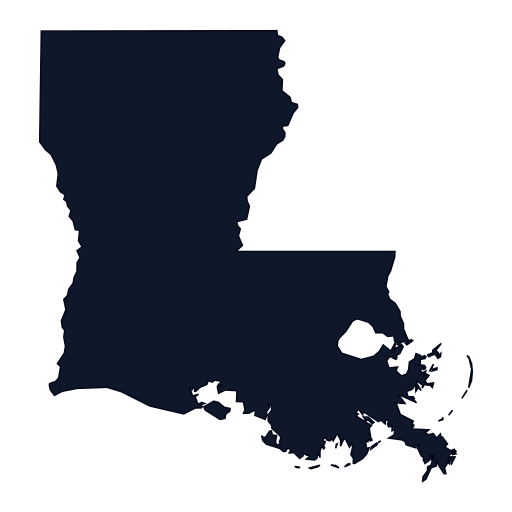 outline of Louisiana
{"feature_id": "USA-3535", "entity_name": "Louisiana", "entity_type": "State", "adm_level": 1, "iso_a3": "USA", "parent_name": "United States of America", "parent_adm1": "", "projection": "equal_earth", "projection_center": [-90.64, 30.971], "detail": "fine", "context": "isolated", "style": "filled", "palette": "ink", "viewbox_px": 512, "rotation_deg": 0, "n_neighbors": 0, "source": "natural_earth", "source_scale": "10m", "svg_char_len": 6089}
<svg xmlns="http://www.w3.org/2000/svg" viewBox="0 0 512 512"><path d="M412.7,340.7L406.9,344.8L405.4,343.4L407.7,342.7L406.8,341.4L397.5,342.7L394.6,341.2L393.9,335.8L387.7,336.4L382.9,332.8L375.8,332.8L372.9,326.3L368.4,322.2L357.5,318.8L352.8,320.7L345.7,331.5L339.6,337.7L337.7,341.2L337.3,346.2L341.7,353.2L361.2,359.5L373.6,356.3L379.3,351.5L383.2,344.9L390.8,351.1L395.2,342.7L395.8,344.2L393.5,349.5L394.6,351.1L395.8,348.0L399.6,346.6L397.5,344.2L400.9,343.9L403.2,346.5L399.8,353.6L396.7,355.2L396.8,358.4L395.9,359.4L389.9,356.4L386.6,360.8L389.0,368.0L397.6,367.0L395.9,370.7L401.3,375.9L406.4,374.2L408.6,369.7L409.4,362.0L414.6,358.7L416.0,353.6L420.9,355.6L420.9,357.9L424.3,355.6L426.0,356.7L424.9,358.6L420.3,359.4L420.3,363.2L418.7,364.7L424.4,365.4L425.7,367.6L424.8,369.2L423.2,369.6L422.6,367.8L420.4,370.0L422.1,373.0L425.8,371.1L423.8,375.4L426.1,373.8L429.0,375.4L424.9,380.6L427.9,385.2L424.4,384.5L422.2,388.2L422.7,385.2L416.4,380.6L416.8,382.5L412.3,389.2L406.6,391.5L407.9,396.6L413.2,396.8L414.2,398.2L412.5,398.2L416.5,402.7L398.2,394.3L405.1,403.5L393.7,402.7L396.5,403.9L400.3,414.5L413.2,421.0L412.0,424.8L413.7,424.9L413.6,426.7L411.4,427.8L411.8,429.0L428.8,429.8L425.1,432.9L428.3,434.7L433.4,433.5L436.5,438.1L440.4,433.9L441.2,437.8L442.4,437.0L447.5,443.9L444.6,446.9L451.0,450.7L454.2,449.2L456.1,451.5L454.4,452.3L456.1,453.8L452.7,454.6L452.7,452.3L448.9,455.5L448.7,456.9L455.1,456.9L451.6,463.7L451.0,460.8L448.8,460.0L450.0,464.5L448.2,462.2L444.5,467.9L445.9,473.7L443.9,473.6L436.3,461.5L436.2,466.1L431.2,467.7L425.9,479.2L422.6,481.3L423.1,476.7L427.4,471.0L427.6,466.8L431.0,465.2L433.9,455.4L432.7,455.3L431.6,459.1L430.1,453.0L429.9,460.0L425.0,463.5L423.2,459.6L423.7,457.5L421.3,456.0L416.7,446.2L419.0,445.4L415.6,444.4L414.7,445.4L415.5,447.7L406.2,444.8L405.0,441.5L401.7,439.8L388.7,438.1L393.7,435.1L394.8,432.1L394.3,429.6L392.0,430.9L392.2,426.4L388.5,426.8L387.5,424.0L388.8,420.5L385.8,419.8L385.1,423.9L381.1,420.2L378.3,421.6L365.1,412.7L362.6,412.7L362.8,414.9L358.3,408.8L356.0,413.3L358.3,414.1L355.9,415.9L371.5,425.6L369.2,427.9L370.4,435.5L368.6,433.2L372.0,440.1L370.4,440.9L367.9,438.7L368.1,441.6L365.6,441.7L366.5,448.2L369.2,447.7L366.8,453.8L362.6,458.6L354.4,463.6L353.2,463.1L353.5,458.6L350.9,454.6L352.6,446.9L351.7,443.3L349.5,447.1L345.2,438.6L343.5,439.5L340.6,446.2L340.6,440.1L337.2,433.5L333.2,440.9L332.1,439.2L329.5,440.9L326.6,439.8L326.0,437.6L323.2,439.0L322.8,440.9L325.2,441.6L323.6,446.1L324.6,447.7L323.8,448.9L321.7,446.2L320.0,450.8L320.0,457.6L319.1,455.2L317.2,455.3L317.1,458.0L314.6,460.0L306.3,459.1L309.3,456.7L308.6,454.6L307.1,455.4L302.9,453.0L303.1,455.8L299.7,458.4L293.8,452.6L289.2,453.0L290.9,450.0L288.8,448.4L286.9,448.8L285.9,451.3L283.4,451.5L279.7,448.4L266.3,444.2L262.7,440.4L261.7,435.5L262.6,437.2L265.6,437.3L269.5,431.2L271.5,430.9L272.1,435.0L276.6,435.5L275.4,442.3L277.2,445.4L280.6,443.1L279.4,441.6L280.9,438.0L279.9,435.6L271.8,428.2L271.5,424.9L268.2,421.1L268.2,415.1L271.8,409.9L271.1,405.6L268.6,405.0L269.5,407.6L266.6,411.4L266.9,414.9L265.2,419.4L254.8,415.3L255.5,411.3L254.4,410.3L249.0,413.2L243.5,413.3L245.0,409.9L243.4,401.8L236.5,401.5L237.0,390.7L225.3,390.0L218.6,393.3L217.3,386.7L219.1,383.7L221.1,386.0L221.4,384.1L219.6,380.8L214.7,380.2L212.4,382.1L208.2,380.7L206.9,384.4L199.7,387.5L195.7,391.4L194.5,391.3L195.1,388.0L193.7,387.5L192.2,389.7L190.0,388.2L192.5,395.9L198.5,394.3L195.1,396.6L197.9,404.2L201.8,402.4L204.7,403.5L201.2,404.7L200.7,405.8L202.4,406.5L201.3,407.9L195.4,408.0L183.7,413.9L149.9,406.0L121.4,391.7L107.0,387.3L77.1,388.4L62.1,391.3L54.4,395.4L50.4,389.9L49.3,385.3L49.7,383.5L55.4,381.6L58.7,378.0L60.6,366.5L57.4,363.7L64.3,353.2L65.5,346.2L63.8,337.3L64.7,330.3L62.3,327.3L61.4,320.7L65.9,309.7L63.8,299.5L67.4,295.6L68.9,289.0L73.2,283.1L74.0,277.8L77.0,271.4L77.1,262.7L80.1,257.7L77.0,250.6L82.2,246.9L78.5,240.8L79.6,230.3L75.3,229.7L73.1,221.0L69.2,216.3L71.0,210.4L67.7,206.3L66.5,201.3L63.8,199.4L65.2,194.8L60.5,191.9L56.8,186.1L58.3,173.6L56.2,164.6L51.0,154.4L45.4,149.6L39.7,141.8L41.3,31.1L276.9,30.7L277.3,35.4L282.1,37.3L284.7,40.7L279.6,47.7L277.6,57.3L278.9,59.8L284.4,61.9L284.8,63.8L283.5,66.1L276.7,68.7L278.0,74.9L282.4,79.5L281.9,90.7L290.0,97.3L291.3,102.5L297.4,104.4L297.6,107.6L293.2,112.9L287.8,125.4L282.6,126.1L282.3,129.0L284.8,132.3L284.8,136.3L282.9,140.0L276.6,144.0L270.8,153.1L261.5,159.0L257.1,170.3L254.4,188.4L246.7,196.4L247.1,201.2L249.4,206.2L246.6,219.2L236.8,221.6L237.5,225.6L240.3,228.9L238.4,235.9L242.4,245.3L235.9,251.5L395.0,251.5L394.7,257.0L390.4,271.4L387.7,276.1L385.9,286.6L388.7,291.8L387.6,294.1L389.8,299.4L395.1,303.2L400.0,311.5L400.2,316.1L403.6,324.0L403.4,328.6L407.5,338.6L409.4,341.1L411.1,339.6L412.7,340.7ZM225.0,418.4L220.0,419.4L205.1,410.0L203.8,406.9L213.7,401.2L218.4,402.4L224.4,407.3L230.1,408.5L229.8,411.1L225.7,414.2L225.0,418.4ZM440.8,353.3L440.5,356.6L438.0,358.4L434.8,354.0L428.8,356.7L427.7,354.8L432.7,352.8L432.8,350.2L441.3,343.4L435.6,350.8L438.2,352.5L438.5,355.6L440.8,353.3ZM373.9,422.4L372.1,423.9L368.5,420.1L365.8,420.6L363.4,417.0L368.3,417.1L373.9,422.4ZM467.0,355.6L468.9,356.9L471.6,363.9L472.3,371.5L471.5,380.7L468.7,387.7L471.7,369.3L469.1,358.4L467.0,355.6ZM417.0,383.7L421.1,390.5L418.4,387.5L415.8,391.3L415.8,385.0L417.0,383.7ZM428.5,383.6L433.5,382.9L432.4,387.5L428.5,383.6ZM309.5,468.0L319.9,465.2L318.7,466.2L317.4,466.9L311.0,468.7L309.5,468.0ZM376.6,443.1L377.2,444.6L370.9,449.2L371.5,446.7L376.6,443.1ZM335.8,465.5L339.0,467.9L330.8,464.9L335.8,465.5ZM437.0,367.8L436.9,369.7L432.1,371.0L433.3,369.1L437.0,367.8ZM433.4,364.1L431.9,368.5L429.3,371.4L433.4,364.1ZM344.6,466.8L347.6,464.1L349.8,463.7L349.8,464.5L344.6,466.8ZM442.8,417.2L442.9,419.6L438.3,421.0L442.4,418.8L442.8,417.2ZM337.2,443.8L335.7,448.3L336.3,444.3L337.2,443.8ZM465.8,392.6L461.8,398.4L467.1,390.1L465.8,392.6ZM294.7,466.5L298.1,466.9L300.1,467.6L297.1,467.6L294.7,466.5ZM452.0,410.7L452.6,410.4L448.6,415.3L452.0,410.7ZM379.0,441.6L380.7,441.0L378.6,442.4L379.0,441.6Z" fill="#0f172a" stroke="#020617" stroke-width="1.5"/></svg>